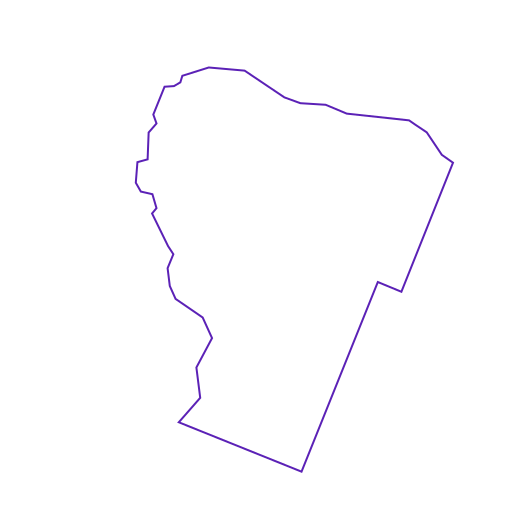 Hood River, Oregon, United States of America (Natural Earth projection), rotated 22°
{"feature_id": "52423323B12967168395878", "entity_name": "Hood River", "entity_type": "district", "adm_level": 2, "iso_a3": "USA", "parent_name": "United States of America", "parent_adm1": "Oregon", "projection": "natural_earth1", "projection_center": [-121.734, 45.492], "detail": "fine", "context": "isolated", "style": "outline", "palette": "violet", "viewbox_px": 512, "rotation_deg": 22, "n_neighbors": 0, "source": "geoboundaries", "source_scale": "gbopen_adm2", "svg_char_len": 632}
<svg xmlns="http://www.w3.org/2000/svg" viewBox="0 0 512 512"><g transform="rotate(22 256 256)"><path d="M403.7,95.7L390.4,92.6L368.0,77.4L353.7,74.4L352.9,74.2L347.1,72.9L286.8,90.0L263.9,89.7L239.9,97.7L222.9,98.3L176.0,88.4L141.6,98.9L120.2,116.5L120.8,123.3L116.3,129.2L107.8,133.3L107.8,163.3L114.1,170.4L110.2,181.7L119.3,207.0L110.9,213.4L117.1,233.1L125.1,239.4L136.8,237.5L145.8,248.9L143.7,255.5L170.8,279.8L178.7,285.3L178.6,300.4L187.3,316.1L197.5,325.9L229.6,333.0L246.0,348.6L242.5,381.7L257.4,408.4L246.7,439.1L379.0,438.9L378.7,234.5L404.2,234.7L403.7,95.7Z" fill="none" stroke="#5b21b6" stroke-width="2"/></g></svg>